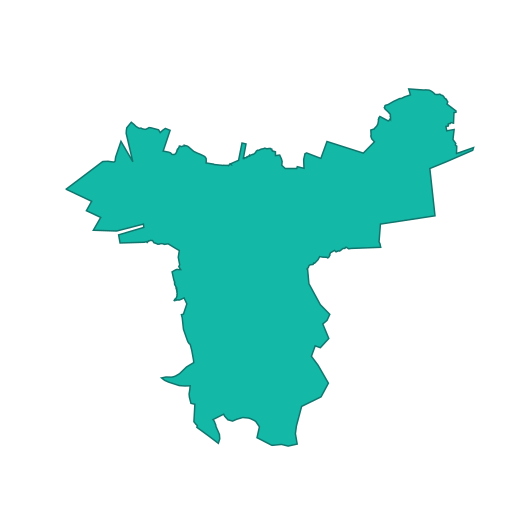 Armadillo de los Infante, San Luis Potosí, Mexico, rotated 9°
{"feature_id": "50627088B46691471724759", "entity_name": "Armadillo de los Infante", "entity_type": "district", "adm_level": 2, "iso_a3": "MEX", "parent_name": "Mexico", "parent_adm1": "San Luis Potosí", "projection": "albers", "projection_center": [-100.644, 22.261], "detail": "fine", "context": "isolated", "style": "filled", "palette": "teal", "viewbox_px": 512, "rotation_deg": 9, "n_neighbors": 0, "source": "geoboundaries", "source_scale": "gbopen_adm2", "svg_char_len": 6014}
<svg xmlns="http://www.w3.org/2000/svg" viewBox="0 0 512 512"><g transform="rotate(9 256 256)"><path d="M326.1,435.3L322.7,425.3L322.5,417.4L324.6,397.4L342.3,384.9L347.4,370.3L334.4,354.2L326.4,346.4L328.5,335.5L333.9,336.5L340.8,326.1L332.6,312.7L336.2,308.5L338.0,302.1L327.1,294.0L312.6,275.1L309.0,260.9L307.9,261.2L308.5,260.8L309.5,259.1L309.7,257.9L309.9,257.1L311.1,256.1L312.5,255.8L313.7,255.4L314.1,253.9L315.0,254.0L317.8,250.0L319.0,246.6L321.9,246.7L326.2,246.2L326.4,246.4L327.1,246.7L327.5,246.3L327.8,246.2L328.1,245.7L328.9,243.5L328.5,243.1L328.7,242.4L329.1,241.1L332.6,238.2L334.4,239.4L336.6,238.0L337.5,238.1L338.6,237.4L339.3,236.5L340.6,235.0L342.6,234.6L343.1,233.5L344.0,233.3L346.4,234.4L348.9,233.6L377.8,227.9L376.6,224.7L375.3,222.7L373.9,205.0L426.5,188.3L414.0,142.4L429.5,133.0L453.5,117.7L453.9,114.9L442.0,121.3L442.0,121.6L441.9,121.7L441.0,122.0L440.8,121.9L438.0,123.4L437.1,116.1L436.3,115.7L435.8,115.6L435.7,115.5L435.5,114.4L435.7,113.6L432.3,110.1L431.9,100.1L424.8,102.5L423.3,98.3L425.5,97.6L425.4,96.6L425.5,96.6L425.3,96.0L425.2,96.0L425.2,95.5L425.7,95.1L426.3,95.1L427.1,94.8L427.1,94.4L427.8,93.7L430.3,93.9L429.1,83.4L431.0,82.8L430.9,81.5L420.9,76.1L420.9,75.8L421.3,73.8L420.0,72.3L419.2,71.6L419.4,71.4L419.0,71.1L417.5,70.6L416.9,69.6L415.3,68.3L413.7,68.1L412.3,67.4L410.6,68.0L408.7,68.3L407.5,68.3L406.1,67.2L404.3,66.2L402.5,65.5L401.0,65.1L397.4,65.4L395.9,65.8L380.7,67.1L383.3,72.7L377.5,75.8L375.2,77.5L373.1,78.1L371.1,79.5L369.3,80.7L367.8,81.7L362.7,85.8L360.5,86.8L360.2,87.0L359.9,87.3L359.8,88.2L359.9,88.6L359.8,89.0L359.6,89.2L359.5,89.4L359.9,89.8L360.7,90.9L362.0,91.6L363.2,92.5L363.4,92.6L364.8,93.6L365.3,94.2L365.9,94.4L366.1,94.8L366.3,95.0L366.6,95.3L366.7,95.5L366.7,96.2L366.6,96.8L366.8,97.3L367.2,97.6L367.2,98.0L367.5,100.1L367.2,99.8L366.9,99.8L366.8,100.0L366.0,101.6L365.8,101.8L365.4,101.9L356.5,98.8L355.7,100.4L355.6,100.6L355.9,101.0L355.5,101.9L355.5,102.3L355.8,103.2L355.7,106.6L354.9,108.8L353.1,111.4L352.8,112.2L352.5,112.2L349.7,113.6L350.8,118.7L350.6,119.4L351.0,120.4L351.5,121.2L352.0,122.2L355.1,124.7L345.9,137.6L308.2,131.8L304.8,149.4L304.4,149.4L289.9,146.3L288.4,147.3L288.0,152.9L288.2,154.5L289.7,161.9L282.8,161.3L282.6,163.2L271.1,165.0L267.3,162.4L267.0,158.3L266.6,157.8L266.1,156.4L263.6,152.6L259.5,153.8L258.9,150.0L258.2,149.9L257.8,150.0L257.4,150.0L257.3,149.8L256.5,149.9L256.2,149.6L255.7,149.7L255.4,149.4L254.9,148.0L254.3,148.0L253.8,147.6L253.6,147.8L253.4,147.6L252.1,147.7L251.3,148.0L249.9,148.4L247.8,148.1L246.5,148.9L244.4,149.6L242.5,150.9L241.4,151.4L240.9,151.3L239.8,152.5L239.4,153.9L237.6,156.0L236.8,156.1L236.3,156.5L234.7,157.3L234.5,157.7L234.2,158.1L233.8,157.6L233.6,158.4L233.0,158.4L232.4,159.1L231.9,159.3L231.7,159.8L231.3,159.8L231.3,160.2L231.1,160.4L230.7,160.4L229.5,160.7L229.0,161.7L228.2,161.7L228.6,146.9L224.5,146.6L223.8,164.2L216.7,168.8L217.2,169.6L216.6,169.4L215.9,169.0L215.4,169.9L214.7,171.1L213.7,170.9L213.0,171.1L212.4,171.1L211.7,171.3L209.5,171.5L209.2,171.7L200.1,172.2L199.8,171.9L192.2,171.9L191.9,169.4L191.5,167.5L190.1,166.0L188.8,165.4L185.6,164.4L181.7,163.5L178.1,162.4L172.3,158.8L171.2,158.3L170.2,158.1L169.4,158.1L167.8,157.8L167.9,158.5L167.1,158.7L166.0,159.2L165.4,159.6L164.6,159.6L163.9,159.3L163.1,159.4L163.0,160.6L162.3,162.0L162.3,162.4L162.0,162.4L161.7,162.8L161.7,163.5L161.4,163.9L161.5,164.9L160.7,167.4L159.9,168.2L159.2,168.6L157.4,168.8L156.9,168.7L155.5,167.5L153.6,167.1L147.9,166.9L151.5,145.3L146.5,144.2L144.1,146.5L142.1,149.1L140.0,146.6L132.1,145.8L130.2,145.9L129.6,146.5L127.4,148.1L125.8,148.3L123.6,148.1L122.6,147.7L121.8,147.8L120.6,148.2L117.2,146.8L115.0,145.2L111.9,143.4L108.3,149.6L108.3,152.2L108.6,155.2L119.6,182.2L104.7,163.9L101.9,180.2L101.9,181.7L102.0,183.4L102.0,184.2L101.8,184.7L101.3,185.2L100.6,185.5L95.0,185.6L90.1,186.6L89.6,186.9L58.1,219.6L58.5,219.9L85.1,227.7L81.4,237.8L96.6,242.2L91.3,256.0L114.5,253.1L139.8,242.1L140.7,245.3L117.0,256.6L119.7,264.4L143.5,259.9L145.5,259.0L146.4,259.7L146.6,259.5L146.8,258.8L147.2,258.5L147.3,258.1L147.4,257.9L147.7,257.8L148.4,257.7L148.6,257.5L149.3,257.2L149.7,256.9L150.5,257.1L151.4,256.9L152.2,257.8L152.5,258.2L153.2,258.9L153.7,258.9L153.9,259.0L154.5,259.0L154.9,259.2L155.2,259.1L156.4,259.5L156.6,259.6L157.0,259.7L158.5,259.5L159.1,259.0L159.6,258.9L160.3,258.6L162.2,258.5L162.9,258.6L163.5,258.9L167.3,257.7L175.5,261.1L179.4,262.6L179.4,269.4L182.0,276.6L181.4,278.5L183.7,281.2L181.1,281.6L180.3,281.5L179.5,281.8L179.1,282.2L178.7,282.3L175.6,284.8L178.6,292.5L179.0,293.2L179.5,293.9L179.5,294.2L179.9,294.8L179.7,295.1L179.8,295.8L180.1,296.2L180.2,296.6L180.1,296.9L180.2,297.1L181.1,297.9L181.5,298.8L182.0,299.3L182.0,299.9L182.1,300.0L182.1,300.5L182.6,301.0L182.7,300.9L182.7,301.6L183.1,301.7L183.1,302.7L183.3,302.8L183.3,303.1L183.6,303.4L183.5,303.8L183.5,304.1L184.1,305.5L184.0,306.1L184.2,306.6L184.0,306.8L184.2,307.4L184.3,308.0L184.1,308.2L184.0,309.1L183.9,309.4L183.8,309.8L183.3,310.8L182.6,311.4L182.7,311.8L182.4,312.0L182.1,312.7L182.4,312.9L182.9,312.8L183.1,312.1L183.5,311.8L184.0,311.9L184.2,312.1L184.7,311.8L185.1,311.8L185.8,311.5L186.8,311.6L188.5,310.7L191.5,308.7L195.2,314.1L193.4,324.8L191.5,325.6L192.8,328.6L195.8,339.7L201.5,350.3L202.5,351.8L203.8,353.1L204.8,353.5L207.3,359.2L210.5,368.4L211.2,371.0L204.7,376.5L198.9,384.2L195.1,387.3L194.0,387.8L193.6,388.1L191.5,388.9L186.0,389.6L181.8,391.2L185.2,393.1L189.2,394.2L200.5,396.0L206.1,395.5L211.3,394.5L211.5,398.1L211.5,402.8L212.3,405.9L214.8,411.7L218.8,412.0L220.6,429.4L223.0,431.6L224.6,432.7L224.4,434.5L237.3,441.1L248.1,446.9L248.8,442.3L247.8,438.0L244.7,433.1L244.4,432.8L244.0,432.0L243.2,430.9L242.6,429.0L241.4,427.1L240.7,425.8L239.1,424.3L248.8,417.3L250.0,419.0L253.9,422.2L258.7,422.7L262.6,420.2L268.1,417.6L273.9,417.2L276.0,417.5L280.0,418.7L281.7,419.5L286.1,424.2L285.4,435.3L300.9,440.4L301.9,440.4L310.7,438.1L317.5,438.7L326.1,435.3Z" fill="#14b8a6" stroke="#0f766e" stroke-width="1.5"/></g></svg>